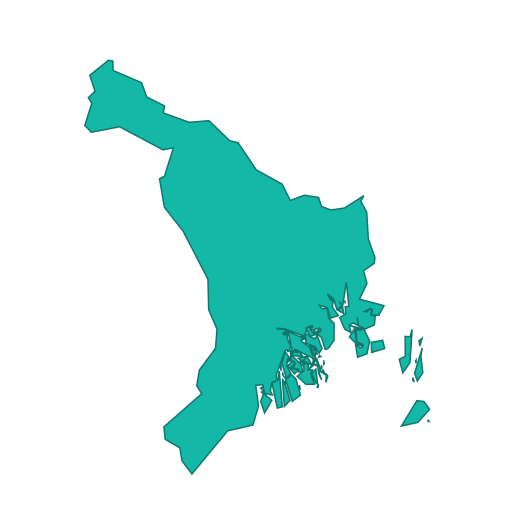 outline of Bulungan, Kalimantan Timur, Indonesia, rotated 84°
{"feature_id": "22746128B10941975158621", "entity_name": "Bulungan", "entity_type": "district", "adm_level": 2, "iso_a3": "IDN", "parent_name": "Indonesia", "parent_adm1": "Kalimantan Timur", "projection": "orthographic", "projection_center": [117.459, 2.847], "detail": "fine", "context": "isolated", "style": "filled", "palette": "teal", "viewbox_px": 512, "rotation_deg": 84, "n_neighbors": 0, "source": "geoboundaries", "source_scale": "gbopen_adm2", "svg_char_len": 6135}
<svg xmlns="http://www.w3.org/2000/svg" viewBox="0 0 512 512"><g transform="rotate(84 256 256)"><path d="M466.1,342.5L426.9,302.4L423.8,276.7L405.4,269.2L384.6,269.8L384.7,262.8L393.5,261.7L396.0,254.2L391.5,255.8L383.8,253.7L383.1,252.8L381.6,247.2L379.2,248.4L375.9,248.0L354.3,237.6L352.9,236.2L352.6,235.5L352.8,234.7L354.3,234.5L353.9,232.9L349.2,230.9L342.3,233.2L339.3,233.4L336.8,232.1L337.5,235.8L336.0,237.4L333.4,233.2L331.9,235.5L331.2,241.0L330.5,242.8L330.1,242.7L331.3,235.3L340.5,217.0L337.1,214.1L333.3,213.9L332.4,213.0L331.2,208.6L331.5,207.2L332.9,207.2L334.5,209.5L336.1,206.2L339.1,206.6L335.0,205.0L334.4,200.2L335.8,199.1L337.4,199.4L339.5,203.5L344.0,199.4L356.2,196.9L355.4,193.7L348.1,187.2L331.1,185.4L325.5,190.2L315.7,190.5L315.3,195.8L313.7,197.1L311.7,197.9L314.9,190.3L325.6,188.4L323.8,180.3L314.6,185.5L308.7,183.9L307.9,185.9L306.9,186.8L301.1,188.9L306.7,183.4L317.7,181.1L314.0,175.3L310.2,178.2L313.8,174.8L291.5,168.9L315.9,168.9L315.8,172.5L322.9,172.9L325.9,179.2L338.3,175.3L342.0,169.5L334.5,170.5L332.7,166.4L335.9,161.6L327.4,161.8L336.3,161.2L338.8,156.5L340.2,155.6L336.9,145.5L328.2,143.7L326.8,148.1L321.4,146.5L320.5,148.6L323.2,151.6L322.5,153.9L320.1,147.6L321.0,146.2L322.5,145.9L326.5,147.7L327.8,140.1L318.8,133.9L309.7,157.6L295.0,148.5L281.9,150.6L275.6,139.1L269.9,137.9L250.6,142.5L224.0,141.3L212.5,146.1L207.3,142.5L217.5,162.9L218.1,176.5L213.6,185.7L204.3,187.7L200.6,201.6L204.3,216.1L187.2,222.5L170.4,246.7L141.4,262.0L138.7,270.0L116.5,288.7L116.1,308.4L104.1,333.2L97.2,331.3L86.4,348.1L71.7,351.7L56.6,378.7L47.1,378.0L45.9,382.2L58.9,402.4L75.3,398.9L81.0,406.2L87.0,403.3L108.2,412.6L115.7,406.9L113.2,378.2L140.6,337.5L139.8,326.9L167.2,338.7L169.1,343.9L197.9,342.0L223.9,325.8L274.1,306.2L304.4,308.7L324.7,302.4L343.7,306.0L363.5,324.2L378.8,328.5L387.3,324.4L416.3,365.4L428.8,365.5L438.9,351.8L452.0,351.0L466.1,342.5ZM438.4,112.4L426.6,99.4L418.2,104.2L416.7,111.2L440.3,129.1L438.4,112.4ZM370.1,209.3L361.8,210.0L352.4,212.3L345.7,219.6L344.6,220.0L344.1,219.7L342.7,217.5L334.1,232.5L335.8,233.8L336.0,232.2L337.2,231.7L355.8,229.8L354.3,228.6L354.4,227.6L353.4,226.9L353.3,226.5L353.4,226.1L363.1,210.7L365.1,209.8L369.3,211.0L374.7,216.0L370.1,209.3ZM378.1,114.0L345.3,108.4L352.4,111.2L351.6,116.1L371.3,118.0L373.7,124.3L387.6,122.2L378.1,114.0ZM352.6,151.8L339.5,156.5L340.7,159.7L339.7,164.4L352.1,164.6L354.8,159.3L356.2,158.7L357.6,159.7L358.2,161.6L355.0,166.2L367.3,165.5L365.0,156.0L352.6,151.8ZM408.7,245.6L372.9,244.9L381.7,247.1L384.1,253.4L409.5,250.7L408.7,245.6ZM399.0,226.3L382.4,229.2L376.7,233.9L379.4,235.0L381.2,237.9L381.2,238.7L378.7,240.1L404.4,235.1L399.0,226.3ZM355.1,200.0L340.4,203.7L343.3,204.6L344.2,206.9L341.7,211.0L338.6,211.7L340.9,217.0L340.5,220.1L342.0,215.2L343.1,214.7L347.6,216.0L352.3,206.8L359.2,203.3L355.1,200.0ZM389.6,211.2L379.1,213.9L375.1,211.8L374.9,216.3L368.6,215.0L368.7,217.5L367.7,219.2L366.5,219.8L375.0,220.2L379.9,227.6L388.8,219.9L389.6,211.2ZM389.5,102.3L372.7,102.5L365.0,100.3L389.1,110.5L397.2,108.6L389.5,102.3ZM361.4,137.7L353.1,138.9L354.0,150.3L364.0,151.1L361.4,137.7ZM412.9,263.9L401.3,255.4L393.4,262.8L401.1,266.5L412.9,263.9ZM360.6,233.4L354.1,237.2L365.2,241.4L381.1,238.4L376.1,233.9L368.7,236.8L364.5,236.4L361.3,235.0L360.6,233.4ZM403.2,237.3L390.4,239.6L380.7,242.6L408.6,243.5L403.2,237.3ZM353.2,231.7L359.4,231.9L359.5,231.6L359.9,231.5L363.5,231.9L364.8,229.7L367.0,228.1L370.3,229.9L370.9,232.5L373.1,225.3L375.8,225.8L375.8,221.7L368.8,222.3L358.8,230.7L353.2,231.7ZM340.3,204.6L335.2,199.9L339.4,206.6L334.9,209.8L333.3,209.4L331.7,207.5L333.2,213.5L341.5,210.6L340.3,204.6ZM354.4,165.0L356.7,159.2L351.9,165.0L338.5,165.6L346.2,171.5L354.4,165.0ZM378.5,212.9L388.9,209.5L389.7,208.1L374.8,208.3L378.5,212.9ZM373.7,204.1L363.5,206.6L378.2,206.0L377.5,204.0L373.7,204.1ZM368.4,236.2L377.3,230.0L373.5,225.6L371.5,232.5L370.2,232.7L367.0,228.3L363.8,231.7L364.9,232.0L366.9,233.6L368.4,236.2ZM369.8,212.0L360.7,215.8L365.5,219.9L369.8,212.0ZM358.9,230.3L360.8,219.9L355.7,222.8L356.3,226.1L354.4,228.4L358.9,230.3ZM337.6,164.6L340.2,160.5L339.3,158.4L334.9,170.1L337.6,164.6ZM363.0,207.8L356.5,206.7L353.3,211.3L363.0,207.8ZM318.4,180.4L322.3,174.8L315.5,175.2L318.4,180.4ZM389.1,199.8L382.8,197.1L381.0,198.4L389.1,199.8ZM357.2,102.7L362.6,102.5L355.2,99.4L357.2,102.7ZM366.0,220.6L362.2,217.3L361.3,217.6L362.2,224.7L366.0,220.6ZM379.4,206.0L386.1,203.6L378.9,205.4L379.4,206.0ZM378.4,203.1L381.2,199.4L376.3,201.4L378.4,203.1ZM365.4,236.4L363.4,233.2L361.2,233.4L365.4,236.4ZM344.4,219.7L343.4,215.2L342.1,215.5L344.4,219.7ZM393.1,207.9L389.9,207.4L393.0,208.9L393.1,207.9ZM393.0,226.1L389.1,226.2L392.5,227.1L393.0,226.1ZM368.0,243.5L372.9,242.9L367.4,242.6L368.0,243.5ZM387.9,265.3L389.1,264.2L387.0,263.4L387.9,265.3ZM363.1,204.3L362.9,202.1L361.5,203.4L363.1,204.3ZM392.0,264.8L393.2,263.5L390.9,263.5L392.0,264.8ZM306.3,185.8L307.7,185.5L308.3,183.4L304.9,185.3L306.3,185.8ZM366.6,207.5L363.3,208.5L367.1,208.2L366.6,207.5ZM353.4,226.5L355.9,225.5L354.8,224.5L353.4,226.5ZM375.6,202.9L373.2,202.0L371.5,202.3L375.6,202.9ZM370.4,199.4L366.9,199.5L370.7,199.8L370.4,199.4ZM376.6,242.0L379.4,241.0L375.6,241.6L376.6,242.0ZM360.0,231.6L361.1,233.0L363.6,232.1L360.0,231.6ZM352.9,207.0L354.0,208.1L355.7,206.4L352.9,207.0ZM335.1,235.9L337.2,235.3L335.7,234.1L335.1,235.9ZM377.0,108.3L379.4,108.1L376.2,107.6L377.0,108.3ZM370.7,208.4L371.8,207.3L370.2,207.9L370.7,208.4ZM364.6,222.9L365.9,223.1L366.6,221.5L364.6,222.9ZM385.2,240.9L387.2,240.0L383.3,240.7L385.2,240.9ZM396.1,113.2L397.0,112.1L393.4,112.6L396.1,113.2ZM351.2,210.2L352.5,210.2L352.6,209.0L351.2,210.2ZM357.5,211.0L360.0,209.2L356.5,210.9L357.5,211.0ZM359.8,206.1L359.8,205.1L357.9,206.0L359.8,206.1ZM305.0,186.7L306.1,186.0L304.4,186.0L305.0,186.7ZM367.7,221.5L368.8,221.8L369.0,221.5L367.7,221.5ZM352.7,211.6L352.7,210.0L351.2,212.0L352.7,211.6ZM337.7,164.8L339.1,164.2L338.8,163.6L337.7,164.8ZM438.6,101.2L437.5,101.9L438.4,102.2L438.6,101.2ZM310.4,172.6L312.6,172.1L310.3,172.4L310.4,172.6ZM363.8,232.4L364.6,232.0L363.8,232.0L363.8,232.4Z" fill="#14b8a6" stroke="#0f766e" stroke-width="1.5"/></g></svg>